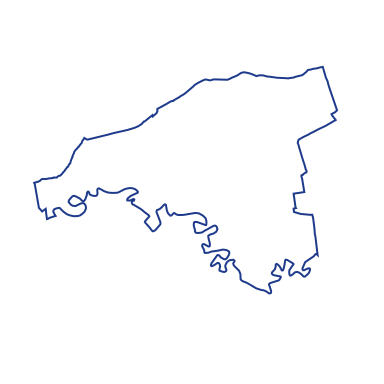 Falciu, Vaslui, Romania, rotated 82°
{"feature_id": "2599482B69317802049960", "entity_name": "Falciu", "entity_type": "district", "adm_level": 2, "iso_a3": "ROU", "parent_name": "Romania", "parent_adm1": "Vaslui", "projection": "natural_earth1", "projection_center": [28.123, 46.28], "detail": "fine", "context": "isolated", "style": "outline", "palette": "blue", "viewbox_px": 384, "rotation_deg": 82, "n_neighbors": 0, "source": "geoboundaries", "source_scale": "gbopen_adm2", "svg_char_len": 6001}
<svg xmlns="http://www.w3.org/2000/svg" viewBox="0 0 384 384"><g transform="rotate(82 192 192)"><path d="M196.7,330.4L195.8,330.9L192.8,331.9L191.9,332.1L191.0,331.8L189.9,330.7L189.4,328.8L189.2,326.5L189.4,325.3L193.3,322.3L196.4,319.3L198.0,316.5L199.5,312.5L199.9,308.8L199.7,306.5L199.4,305.7L198.2,303.4L196.7,301.3L194.4,299.7L192.5,299.1L190.1,299.4L188.4,300.4L187.8,301.6L187.9,303.8L188.8,306.5L189.0,307.3L189.6,308.7L189.7,309.8L189.0,312.0L188.1,313.3L187.2,314.1L185.1,315.4L184.2,315.5L182.7,314.7L179.8,311.2L179.4,310.2L179.4,309.4L179.6,308.7L180.8,306.7L181.7,305.7L182.7,304.1L185.3,302.1L186.0,300.9L185.8,300.1L184.5,298.8L180.9,296.8L178.1,296.0L177.3,295.4L177.1,295.0L177.2,294.5L177.6,294.2L178.0,294.0L180.0,293.7L180.9,292.7L181.5,291.6L182.3,289.4L182.4,288.6L182.4,287.3L181.9,286.6L180.6,285.8L176.7,285.5L175.7,284.9L175.5,284.4L175.4,284.0L175.8,283.2L176.7,281.8L178.9,279.0L180.4,276.2L180.9,275.0L181.6,272.1L182.1,268.5L182.3,266.4L182.2,265.1L179.9,258.5L179.6,256.8L179.4,253.3L179.9,250.7L181.0,248.3L182.2,247.0L183.3,246.1L184.1,245.6L185.1,245.8L185.3,246.1L185.7,247.8L187.2,252.8L187.6,253.6L189.2,256.3L190.3,257.2L191.3,257.3L191.9,254.7L190.9,251.5L190.9,250.6L191.4,250.2L192.4,250.6L192.8,252.4L193.6,253.0L194.7,253.1L195.8,252.7L196.1,252.3L196.7,251.3L201.3,245.6L203.3,243.5L204.8,242.3L208.6,238.5L209.5,237.8L210.3,237.7L214.0,242.1L214.8,242.7L215.3,242.9L221.2,239.0L225.0,236.8L225.4,236.4L225.5,236.0L225.4,235.3L224.6,233.5L219.8,228.0L219.3,227.7L217.4,227.5L216.5,227.7L207.1,229.9L206.1,229.8L205.1,229.3L204.4,226.4L202.1,223.0L201.2,222.1L200.5,220.9L200.4,220.5L201.2,219.6L206.6,219.5L209.5,218.8L211.4,217.6L212.4,216.7L212.5,216.3L212.2,215.4L210.4,213.1L210.5,212.3L212.1,210.5L212.7,209.3L213.1,207.2L213.5,203.5L213.2,192.0L213.4,190.7L214.2,188.0L216.8,184.6L219.4,182.5L220.6,182.0L222.9,181.8L225.7,182.2L226.3,182.5L226.7,182.7L226.5,183.5L222.5,191.0L222.0,193.2L222.5,194.3L225.1,194.9L226.1,194.9L229.7,194.4L231.4,194.5L232.6,194.1L232.9,193.7L233.5,191.4L233.5,187.9L231.7,183.9L231.1,182.0L228.6,175.7L228.4,174.0L229.2,172.8L230.2,172.3L232.4,172.0L234.7,173.5L236.1,176.4L236.6,179.8L237.5,181.8L237.9,182.1L241.4,182.0L244.4,181.5L247.4,181.7L248.1,182.1L248.4,182.7L248.1,183.5L245.5,187.0L245.2,187.6L245.2,188.2L245.3,188.8L245.7,189.1L247.1,189.5L251.0,188.1L253.5,188.1L254.0,187.9L254.1,187.5L254.3,186.6L254.4,184.0L253.7,181.3L253.7,174.4L253.3,169.6L254.1,166.4L254.6,165.5L256.1,163.6L257.6,163.5L259.5,164.3L261.5,165.9L262.9,167.4L263.3,168.8L262.7,170.1L260.6,172.7L258.4,174.0L258.0,175.3L258.3,176.0L265.4,182.7L266.8,183.4L267.3,183.4L267.7,183.4L268.2,182.7L268.1,182.0L267.2,179.5L266.0,177.1L265.8,176.3L265.9,175.8L266.4,175.1L268.2,174.5L269.6,174.5L272.9,175.8L273.8,175.5L275.3,172.7L275.7,170.9L275.2,169.5L274.6,168.9L273.8,168.8L272.8,168.9L271.4,169.4L269.8,169.3L268.4,168.7L266.4,167.2L265.6,166.1L264.8,164.4L264.8,160.6L265.4,159.9L266.1,159.4L266.9,159.8L267.6,160.6L268.5,161.1L270.0,161.0L271.3,160.3L276.6,156.3L280.1,155.5L285.2,156.0L286.4,155.3L287.4,154.2L289.1,151.1L290.5,149.1L296.4,141.7L298.8,136.8L299.1,135.4L299.6,134.2L300.6,132.6L303.1,129.8L303.3,128.9L302.9,127.9L301.3,127.4L294.4,128.6L293.9,128.5L293.3,127.8L293.0,126.9L291.6,118.4L291.1,117.7L289.2,116.1L288.3,115.9L287.9,116.3L286.3,121.1L285.4,123.2L284.7,123.9L283.8,124.3L282.8,124.0L280.2,120.8L277.8,119.6L275.8,119.3L275.3,119.0L275.1,118.6L275.0,118.2L275.5,117.4L277.3,115.9L280.1,114.6L282.0,114.1L282.3,113.7L282.2,112.9L281.4,112.3L278.7,111.1L272.6,109.2L272.1,108.6L272.5,107.2L276.6,102.1L277.4,101.5L277.9,101.6L278.8,102.7L282.9,106.4L284.3,106.8L286.0,107.0L287.4,106.9L288.3,106.6L288.5,106.3L288.5,105.8L288.0,104.5L287.4,103.3L286.0,101.5L285.7,99.6L285.9,98.8L286.6,97.3L287.8,96.0L289.3,94.6L291.2,93.3L291.5,92.2L291.5,91.9L289.2,88.4L287.8,87.1L286.2,86.3L284.7,85.8L283.9,86.4L283.8,87.2L284.3,89.6L285.1,92.0L284.9,92.8L284.7,93.1L283.7,93.4L282.4,92.9L277.2,89.7L272.6,80.4L270.7,78.3L270.6,77.8L270.7,77.3L271.9,76.4L258.6,76.1L253.2,76.0L250.6,76.2L244.2,75.8L234.6,75.7L231.2,76.1L231.1,77.6L230.8,79.2L228.9,87.3L226.0,93.8L222.6,93.7L222.4,91.3L221.8,91.6L207.8,91.6L207.7,80.8L193.8,81.1L192.6,81.4L190.9,81.4L190.6,81.2L190.5,79.9L190.0,79.5L189.4,78.5L188.7,77.1L188.5,76.0L188.1,75.8L187.0,75.6L185.4,76.2L180.1,76.9L175.2,77.8L161.3,79.9L160.6,79.9L158.0,80.5L155.0,79.1L154.8,78.5L153.0,74.0L151.3,68.6L150.3,66.4L149.5,63.7L147.5,58.2L145.1,50.5L140.7,39.7L135.6,42.6L134.3,43.0L132.9,39.2L131.3,37.0L106.7,41.7L102.1,42.3L101.2,42.3L97.4,43.5L86.3,45.1L86.5,48.3L86.9,50.8L86.9,55.5L87.3,57.4L87.3,60.0L87.4,60.3L89.1,62.3L91.6,66.4L92.4,74.3L92.8,75.0L92.8,80.0L92.9,80.8L92.3,83.4L90.7,91.9L88.7,98.8L88.0,101.8L86.5,105.1L85.8,109.0L86.2,112.2L84.8,114.2L82.5,118.5L80.7,123.5L80.8,126.5L83.0,131.3L84.5,137.1L85.0,138.2L85.8,141.2L83.5,154.7L84.0,158.5L83.8,159.2L82.8,161.7L82.5,162.8L82.5,163.5L83.2,166.3L83.9,168.2L84.4,169.8L86.3,174.3L87.4,175.7L93.2,184.8L94.5,187.4L95.5,190.0L96.2,191.2L98.7,197.4L99.1,197.6L99.3,197.9L99.1,199.4L99.6,201.1L101.4,205.3L104.9,214.8L107.2,215.0L109.1,216.3L111.7,220.3L110.4,220.5L115.6,229.2L115.5,229.9L117.6,232.2L119.3,235.9L120.4,239.7L121.6,247.3L122.8,261.8L123.5,267.2L125.6,288.2L125.0,289.3L123.5,291.1L124.2,291.5L126.0,293.4L128.3,294.6L129.4,296.0L131.3,297.7L131.6,298.5L132.3,299.0L134.3,301.5L135.6,302.8L137.4,303.7L138.9,304.8L140.5,305.4L140.5,305.6L141.2,305.8L142.5,306.7L144.8,307.9L146.7,308.6L147.7,310.0L149.7,311.3L150.1,312.3L151.0,313.0L152.5,314.6L153.7,315.5L154.1,316.3L156.1,318.4L157.4,320.1L157.5,321.5L157.9,322.6L158.3,323.3L158.9,324.0L158.4,326.9L158.6,327.8L158.8,327.8L158.8,329.9L158.6,331.8L158.8,333.1L158.7,336.0L158.3,337.5L158.4,339.0L160.0,341.5L160.5,343.4L160.4,344.1L160.6,344.4L160.9,347.0L161.6,346.9L162.2,346.6L186.4,345.8L190.4,343.1L188.3,339.2L193.8,339.4L198.7,339.4L198.6,338.5L197.8,336.9L196.7,330.4Z" fill="none" stroke="#1e3a8a" stroke-width="2"/></g></svg>